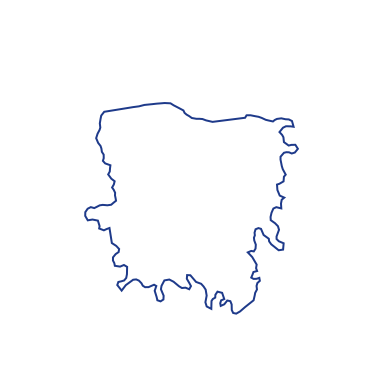 Davinópolis, Goiás, Brazil (Robinson projection), rotated 313°
{"feature_id": "56859067B54899657336116", "entity_name": "Davinópolis", "entity_type": "district", "adm_level": 2, "iso_a3": "BRA", "parent_name": "Brazil", "parent_adm1": "Goiás", "projection": "robinson", "projection_center": [-47.577, -18.114], "detail": "fine", "context": "isolated", "style": "outline", "palette": "blue", "viewbox_px": 384, "rotation_deg": 313, "n_neighbors": 0, "source": "geoboundaries", "source_scale": "gbopen_adm2", "svg_char_len": 2986}
<svg xmlns="http://www.w3.org/2000/svg" viewBox="0 0 384 384"><g transform="rotate(313 192 192)"><path d="M295.8,240.0L297.0,235.4L294.3,232.6L291.9,231.0L291.2,225.2L294.4,221.5L295.2,219.0L295.5,215.1L301.1,214.7L304.2,215.9L307.4,219.5L309.0,221.8L312.1,216.7L311.1,213.3L309.0,210.8L306.8,207.1L303.4,204.3L301.1,203.4L298.8,203.1L296.5,199.2L295.1,196.7L293.7,192.4L292.4,189.4L290.4,186.3L288.0,182.4L285.3,179.6L282.5,180.2L257.3,159.2L254.0,153.5L252.5,149.9L250.6,147.5L248.6,145.4L246.0,141.4L245.6,138.3L244.9,135.2L244.8,132.6L245.8,130.1L244.5,125.2L242.9,119.5L242.2,115.8L238.4,111.3L235.1,108.3L232.5,105.9L229.0,102.9L223.2,97.8L218.5,94.8L214.0,91.1L190.8,73.1L186.0,73.5L183.2,75.2L179.3,77.8L176.6,81.0L174.3,82.1L170.2,83.2L166.0,85.2L163.9,89.9L163.3,93.7L162.0,96.1L159.9,98.7L159.1,101.9L156.5,104.4L154.0,105.6L153.7,109.0L155.9,114.1L153.4,115.9L150.9,117.9L147.7,118.7L146.7,123.9L147.1,128.1L144.2,129.7L140.8,130.5L140.2,133.3L139.0,136.3L137.0,138.0L135.6,140.0L133.8,142.4L130.5,141.9L127.6,141.6L124.6,139.2L121.7,135.5L119.3,133.6L116.5,132.6L113.6,131.5L111.9,128.3L108.6,127.1L104.5,127.7L101.7,130.2L100.2,135.1L104.0,138.0L106.9,142.7L104.0,147.7L102.0,149.0L103.9,153.7L106.6,154.8L109.4,156.2L100.0,168.2L100.9,173.3L100.6,177.6L98.0,179.3L94.5,178.5L90.3,178.8L88.0,180.9L87.0,183.7L85.4,185.9L88.4,190.3L92.2,192.0L93.0,195.6L87.5,200.5L84.3,202.5L81.0,202.7L78.3,201.1L76.0,199.5L73.0,200.8L71.9,207.8L78.7,207.1L87.7,208.8L90.0,210.8L91.0,213.6L90.8,217.3L89.9,219.9L90.4,222.6L92.8,225.1L98.3,227.5L98.9,230.0L94.3,232.1L91.1,237.7L89.2,240.5L90.6,243.6L93.9,244.4L96.8,242.0L99.7,235.6L102.6,233.7L108.5,232.1L112.5,235.1L113.8,239.7L114.2,246.8L114.9,250.1L117.6,252.5L119.0,256.3L122.5,255.4L123.6,252.1L125.0,247.4L127.9,245.1L130.0,247.6L129.0,256.3L131.1,261.3L130.8,264.9L129.9,268.6L126.2,273.4L120.5,277.0L118.3,280.8L119.7,285.8L125.6,280.6L127.9,280.2L130.6,281.0L132.8,279.2L136.5,278.6L138.8,282.8L135.7,288.6L132.6,287.2L129.9,288.5L128.3,290.7L131.9,292.2L136.7,291.8L138.3,294.5L136.8,297.7L132.8,301.6L131.6,304.6L133.2,307.3L137.4,308.6L144.0,309.3L154.8,310.9L159.3,308.3L161.3,307.0L165.0,306.0L167.3,303.3L170.0,301.9L173.3,302.2L175.1,299.8L172.5,298.4L170.4,296.2L169.8,293.7L172.6,292.7L175.4,291.5L178.6,293.5L180.0,290.8L183.0,288.8L185.5,280.4L185.9,274.0L189.3,275.5L190.7,277.7L193.9,277.1L197.0,274.6L199.0,270.6L200.8,268.5L203.2,267.5L204.9,265.5L208.1,263.9L210.9,265.2L212.1,267.6L209.4,273.7L210.2,280.0L208.5,282.1L207.8,285.6L208.5,295.1L212.0,297.9L217.0,294.0L215.2,289.1L215.3,285.9L217.1,284.2L223.7,281.4L225.6,278.2L225.8,274.0L225.1,268.8L227.3,266.5L231.1,264.3L235.4,262.8L238.4,264.0L240.9,268.5L244.2,265.0L247.5,262.9L250.8,263.3L249.2,258.6L251.7,253.1L255.4,249.1L257.6,250.3L262.2,251.7L265.9,248.8L268.6,248.7L270.6,242.8L272.2,240.0L276.1,234.6L278.2,232.7L283.4,232.5L285.5,233.9L287.2,235.9L288.2,238.7L291.0,240.3L295.8,240.0Z" fill="none" stroke="#1e3a8a" stroke-width="2"/></g></svg>